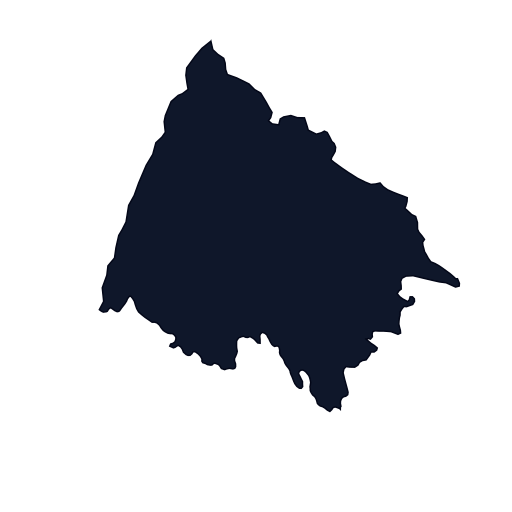 Grodno, Grodno, Belarus, rotated 40°
{"feature_id": "67162791B13547290723272", "entity_name": "Grodno", "entity_type": "district", "adm_level": 2, "iso_a3": "BLR", "parent_name": "Belarus", "parent_adm1": "Grodno", "projection": "natural_earth1", "projection_center": [24.107, 53.67], "detail": "fine", "context": "isolated", "style": "filled", "palette": "ink", "viewbox_px": 512, "rotation_deg": 40, "n_neighbors": 0, "source": "geoboundaries", "source_scale": "gbopen_adm2", "svg_char_len": 4486}
<svg xmlns="http://www.w3.org/2000/svg" viewBox="0 0 512 512"><g transform="rotate(40 256 256)"><path d="M424.9,143.9L423.7,145.1L421.2,144.9L416.3,144.8L411.7,145.1L406.0,145.5L402.2,145.9L398.0,146.7L393.6,148.1L389.4,147.0L385.4,145.4L382.4,144.4L380.1,142.7L377.1,140.6L374.8,138.4L374.4,135.0L370.2,133.9L365.6,133.1L362.6,131.7L360.5,129.3L358.2,126.6L352.9,123.1L348.7,124.2L343.0,123.9L339.2,123.8L338.8,121.7L336.7,117.2L334.4,114.1L330.2,115.5L324.9,117.4L320.1,119.0L314.2,120.7L308.7,121.1L304.1,120.3L301.4,123.9L298.0,127.3L292.1,129.2L283.9,131.2L272.7,132.7L264.5,133.5L255.5,134.1L251.7,134.1L250.6,131.7L250.2,129.0L249.4,125.0L247.1,121.5L243.5,119.6L240.5,119.5L235.7,117.4L231.1,115.6L228.1,116.4L226.9,119.5L223.9,123.9L215.1,126.0L212.2,124.0L204.3,119.0L198.7,123.5L192.4,126.0L187.8,131.7L186.5,135.4L189.1,140.9L183.5,144.4L178.6,144.4L178.3,140.6L176.0,135.7L170.7,133.9L165.1,131.7L154.9,128.2L148.0,129.4L140.1,128.7L127.0,131.9L117.4,135.4L112.9,132.7L108.3,128.0L104.2,125.3L97.0,126.1L90.3,125.7L83.7,120.7L83.8,121.0L83.3,120.6L81.1,131.5L81.0,141.6L82.0,156.4L86.1,162.6L92.2,168.1L96.9,172.0L95.3,179.0L93.2,182.9L91.7,192.2L96.3,206.7L99.3,212.1L107.0,219.5L107.5,225.4L106.5,233.6L111.6,244.5L113.6,257.1L119.2,275.5L123.8,288.0L125.9,299.0L134.6,313.5L136.6,322.2L137.6,328.4L143.3,339.5L148.9,348.5L148.9,353.2L148.9,358.7L154.1,366.6L158.7,379.2L168.5,388.7L170.5,397.8L172.4,397.7L173.7,397.5L175.1,397.1L177.2,394.8L177.6,393.9L177.2,391.3L177.9,388.9L182.9,388.6L185.4,387.9L186.5,386.6L186.7,385.4L186.4,382.4L186.3,379.2L186.2,376.8L185.8,373.8L185.0,371.3L184.9,368.2L185.9,367.3L188.7,367.8L192.0,368.9L194.8,370.8L198.5,373.0L202.0,374.3L205.9,374.4L210.3,374.3L214.3,373.9L218.9,373.5L221.1,371.7L223.3,370.9L226.6,371.0L229.6,372.0L232.8,372.6L235.1,372.4L238.2,371.7L240.2,370.5L242.0,369.1L244.4,369.0L246.7,369.6L248.1,371.2L249.1,373.8L248.6,376.1L247.2,378.3L247.9,380.5L251.8,379.4L252.7,377.9L253.1,376.2L253.8,374.4L256.6,374.0L259.4,374.7L262.3,376.3L265.9,376.4L267.8,375.8L269.3,374.5L269.7,372.0L269.2,370.2L270.8,368.4L274.8,368.1L277.9,368.5L280.8,369.6L282.2,371.4L283.9,371.9L286.4,370.8L288.6,370.4L291.2,368.9L292.3,367.8L292.5,365.9L293.2,364.6L297.0,363.2L299.2,363.5L301.8,364.4L305.0,363.2L306.0,361.4L307.8,359.1L310.9,357.3L311.9,355.7L311.5,353.9L309.7,351.8L306.9,350.1L305.4,348.3L304.8,345.9L303.9,343.1L302.9,341.1L300.3,338.9L298.9,337.4L296.9,335.0L295.7,333.4L295.3,329.9L296.8,327.1L297.9,325.6L300.5,324.8L302.0,323.7L303.2,321.5L306.9,320.9L308.6,320.9L313.2,321.5L315.2,320.2L312.8,317.4L310.3,314.9L309.5,313.1L309.8,310.5L312.3,309.5L315.0,309.5L316.9,310.4L319.1,311.1L321.1,312.1L322.9,312.8L325.0,313.5L326.9,313.6L328.4,313.3L329.4,311.9L330.9,310.8L332.5,311.1L334.9,313.1L336.0,314.7L337.3,315.7L338.7,316.4L340.1,316.7L342.8,317.2L345.2,318.3L346.7,319.3L348.2,319.9L349.8,320.4L352.4,320.9L354.0,321.3L355.9,322.1L357.2,323.2L359.0,324.3L360.8,325.1L362.6,326.1L365.5,327.7L367.8,328.8L371.1,329.6L374.2,329.4L375.7,328.3L375.7,326.1L373.9,324.2L372.3,322.3L369.2,321.0L368.0,320.4L365.3,319.3L363.9,318.5L363.4,316.5L363.8,314.6L365.1,313.3L366.8,312.8L369.0,312.8L373.2,313.6L375.3,314.7L377.4,316.2L379.3,317.8L380.1,319.2L380.6,320.0L381.5,321.5L382.5,322.4L384.2,324.3L386.1,325.2L388.7,326.0L391.4,326.0L393.6,326.7L395.5,327.8L397.7,329.4L399.3,329.7L401.5,329.6L403.9,328.6L406.4,328.2L409.7,328.2L412.5,327.6L412.8,324.8L412.4,323.2L413.2,321.3L414.1,320.5L418.0,319.1L419.1,319.2L417.8,317.6L417.7,316.6L415.4,314.7L413.9,312.7L413.1,310.0L413.5,307.6L414.9,305.7L415.4,303.3L414.1,301.2L410.2,298.4L402.9,293.3L397.8,289.5L396.0,286.2L396.0,282.9L399.1,280.9L403.1,277.7L404.2,274.1L403.6,270.9L404.7,267.7L407.1,264.8L406.7,258.9L405.8,255.6L408.2,253.6L408.9,250.6L408.0,248.5L404.2,248.5L400.0,249.0L393.7,248.9L395.1,247.0L397.1,246.1L397.1,243.1L395.1,241.1L394.0,238.9L395.2,236.9L398.5,234.4L402.1,231.4L405.1,229.2L408.1,227.1L415.1,224.7L416.3,222.1L414.3,220.1L411.4,218.1L409.1,216.3L407.4,214.0L405.5,211.1L404.4,208.8L402.3,206.2L401.8,202.8L401.7,199.7L403.9,198.0L405.7,194.9L407.2,192.4L406.6,188.9L404.8,187.0L402.1,186.7L400.3,188.2L401.7,191.2L401.5,193.4L395.9,194.6L392.3,194.8L388.3,194.1L387.9,190.7L388.5,188.0L386.3,185.5L383.2,182.6L382.1,179.2L383.8,175.0L389.0,170.1L398.7,165.3L407.4,160.9L413.2,157.9L418.8,154.3L423.0,153.1L428.8,151.5L431.0,148.4L429.4,146.2L425.0,143.9L424.9,143.9Z" fill="#0f172a" stroke="#020617" stroke-width="1.5"/></g></svg>